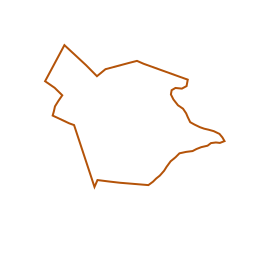 Lagoa de Dentro, Paraíba, Brazil (Mercator projection), rotated 292°
{"feature_id": "56859067B25189645014344", "entity_name": "Lagoa de Dentro", "entity_type": "district", "adm_level": 2, "iso_a3": "BRA", "parent_name": "Brazil", "parent_adm1": "Paraíba", "projection": "mercator", "projection_center": [-35.358, -6.683], "detail": "fine", "context": "isolated", "style": "outline", "palette": "amber", "viewbox_px": 256, "rotation_deg": 292, "n_neighbors": 0, "source": "geoboundaries", "source_scale": "gbopen_adm2", "svg_char_len": 851}
<svg xmlns="http://www.w3.org/2000/svg" viewBox="0 0 256 256"><g transform="rotate(292 128 128)"><path d="M60.8,119.0L68.3,119.2L71.4,130.9L74.2,141.0L82.7,168.3L87.6,171.3L91.8,173.1L95.7,175.3L101.9,177.5L106.4,178.3L113.1,180.0L118.6,183.0L123.8,185.2L127.6,190.8L130.8,196.5L134.2,199.4L137.7,203.1L141.4,208.4L145.1,210.6L147.5,214.9L148.6,218.8L152.0,222.4L154.6,219.1L156.8,215.0L157.2,208.7L156.6,203.3L155.9,198.9L155.7,194.3L156.1,188.2L156.7,183.5L160.5,179.3L163.4,176.4L166.5,171.8L167.8,165.8L171.5,159.4L175.2,155.2L179.4,154.3L182.9,157.0L184.7,163.2L188.8,166.6L195.2,165.3L193.4,118.5L193.6,111.2L189.2,105.2L174.1,85.1L164.4,79.8L167.5,72.6L170.6,65.4L181.0,38.0L140.3,33.6L137.8,44.9L133.7,54.8L127.0,53.3L120.7,52.2L115.8,53.0L111.3,53.5L110.3,71.8L110.5,76.9L60.8,119.0Z" fill="none" stroke="#b45309" stroke-width="2"/></g></svg>